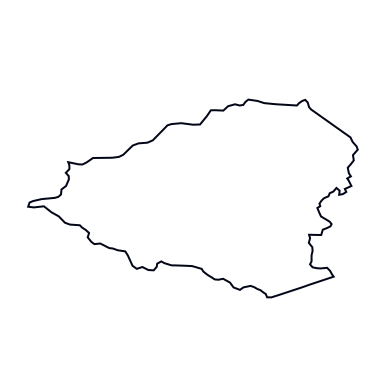 Verdejante, Pernambuco, Brazil (Equal Earth projection), rotated 274°
{"feature_id": "56859067B79856734392971", "entity_name": "Verdejante", "entity_type": "district", "adm_level": 2, "iso_a3": "BRA", "parent_name": "Brazil", "parent_adm1": "Pernambuco", "projection": "equal_earth", "projection_center": [-39.001, -7.953], "detail": "fine", "context": "isolated", "style": "outline", "palette": "ink", "viewbox_px": 384, "rotation_deg": 274, "n_neighbors": 0, "source": "geoboundaries", "source_scale": "gbopen_adm2", "svg_char_len": 1996}
<svg xmlns="http://www.w3.org/2000/svg" viewBox="0 0 384 384"><g transform="rotate(274 192 192)"><path d="M210.1,67.8L206.3,68.1L202.3,64.8L199.3,67.9L196.1,68.3L189.3,66.0L185.4,61.6L180.4,61.5L177.9,59.1L176.6,55.7L174.4,42.4L171.8,33.9L170.1,30.7L165.9,29.6L165.6,35.4L167.4,45.3L161.9,53.3L158.4,60.8L152.5,67.4L151.0,72.5L151.0,82.4L148.8,84.9L146.7,88.7L143.9,92.2L139.5,91.1L135.2,95.1L133.2,98.3L134.2,104.1L130.3,113.3L130.1,117.0L128.7,122.0L128.1,129.6L124.1,132.5L114.3,137.8L111.5,142.3L113.7,147.7L111.1,154.0L111.2,159.3L114.8,162.0L118.1,162.3L120.6,166.2L119.1,169.4L117.4,176.7L117.7,182.7L118.0,192.2L118.1,197.4L116.0,207.0L113.5,208.8L110.4,213.3L108.5,217.0L106.4,220.8L106.3,224.4L107.6,229.1L104.3,236.2L99.7,240.1L97.7,246.7L100.4,249.9L102.4,256.9L101.5,260.5L99.8,264.0L98.8,267.2L97.0,269.8L95.4,272.7L92.2,274.3L92.4,278.5L95.3,285.8L104.5,308.3L107.8,315.9L117.4,339.2L119.6,337.4L122.8,335.4L125.8,332.1L124.7,325.5L124.7,321.6L125.3,317.5L128.1,314.8L131.1,316.1L137.1,315.7L141.5,316.4L145.3,315.9L149.4,312.1L154.1,313.0L157.5,311.8L158.1,323.9L163.5,325.1L165.5,329.3L167.4,332.5L169.7,333.5L172.0,331.4L176.6,322.4L180.3,320.4L184.8,318.2L186.8,320.9L189.3,320.0L192.4,321.8L195.1,324.2L197.2,328.4L200.4,329.5L202.3,333.0L206.1,335.8L203.6,339.2L199.5,339.0L200.4,342.6L202.8,345.9L205.7,344.3L209.1,350.6L214.2,347.6L216.3,345.9L218.7,349.4L221.6,347.2L227.1,345.7L230.8,348.5L234.8,351.2L240.0,350.0L245.8,354.4L249.0,353.0L253.1,348.8L257.5,346.3L282.6,305.1L284.8,302.9L289.5,301.1L291.8,298.5L290.5,295.6L288.1,292.6L285.6,290.6L285.4,269.6L285.7,257.9L287.4,251.0L288.1,241.8L285.7,239.1L282.5,237.1L281.6,233.6L282.5,228.8L280.1,222.0L275.4,217.6L275.2,209.2L274.8,205.1L268.8,201.6L259.9,195.3L259.2,188.4L259.9,176.5L258.3,166.7L256.8,162.9L240.8,149.3L238.1,144.1L236.8,135.3L234.2,129.6L224.4,120.9L221.9,116.6L220.6,110.0L219.0,90.9L214.0,84.6L211.8,80.8L211.7,76.8L213.1,66.5L210.1,67.8Z" fill="none" stroke="#020617" stroke-width="2"/></g></svg>